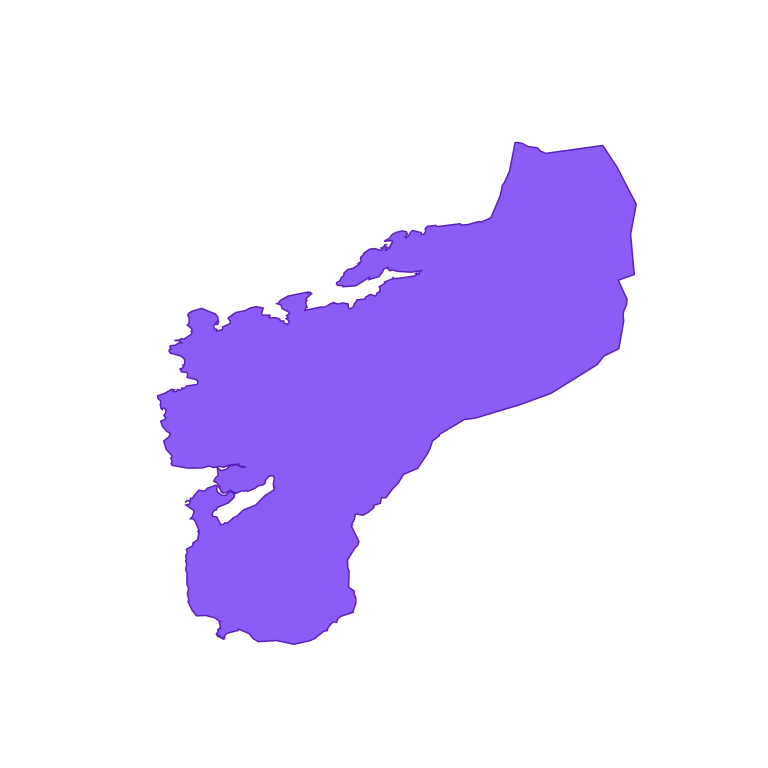 Rissa nor, Sør-Trøndelag, Norway (orthographic projection), rotated 16°
{"feature_id": "86288312B80275455305326", "entity_name": "Rissa nor", "entity_type": "district", "adm_level": 2, "iso_a3": "NOR", "parent_name": "Norway", "parent_adm1": "Sør-Trøndelag", "projection": "orthographic", "projection_center": [10.01, 63.676], "detail": "fine", "context": "isolated", "style": "filled", "palette": "violet", "viewbox_px": 768, "rotation_deg": 16, "n_neighbors": 0, "source": "geoboundaries", "source_scale": "gbopen_adm2", "svg_char_len": 6169}
<svg xmlns="http://www.w3.org/2000/svg" viewBox="0 0 768 768"><g transform="rotate(16 384 384)"><path d="M600.0,285.4L597.1,257.5L594.7,251.5L594.4,247.7L595.2,241.4L594.4,235.9L580.6,219.6L594.4,209.8L579.8,172.2L576.9,141.7L547.9,111.0L528.5,94.4L476.0,117.7L470.2,117.0L466.3,114.7L456.5,116.1L451.3,114.7L445.1,115.1L443.5,115.9L446.0,144.8L444.1,157.7L443.0,160.5L443.9,170.2L440.9,194.9L433.0,201.3L430.5,201.6L420.8,207.6L415.5,209.6L412.7,209.1L391.9,218.0L389.9,217.3L382.2,220.5L380.9,223.5L382.0,225.8L381.1,229.1L378.7,230.0L377.9,228.2L369.3,228.6L368.3,229.4L366.9,234.7L364.8,237.6L363.6,237.1L365.2,233.6L363.5,231.5L359.2,231.9L354.0,234.8L350.4,238.5L349.3,242.1L344.7,246.7L352.2,244.0L353.0,245.1L351.9,248.6L352.2,250.5L351.8,250.7L352.3,250.9L351.8,251.8L350.2,252.0L349.7,254.7L348.6,255.0L348.1,252.8L348.7,251.6L346.7,251.4L346.4,250.5L347.6,249.5L347.1,249.5L346.1,250.3L346.6,251.4L345.4,252.4L345.3,253.6L342.9,254.2L345.3,254.1L345.4,255.2L344.3,256.4L337.6,256.4L333.0,258.4L328.3,264.1L328.8,265.4L326.8,268.1L326.8,269.5L328.4,272.7L326.3,274.7L327.4,274.5L327.2,275.6L322.7,281.1L317.5,284.1L315.0,288.2L315.4,291.3L313.7,293.5L313.1,297.0L310.6,299.5L310.6,300.7L312.1,302.0L317.5,300.8L317.7,301.8L329.6,297.5L340.5,285.7L340.8,287.8L349.5,282.2L351.8,276.6L351.9,273.9L355.7,270.6L356.2,272.3L358.4,273.6L361.1,271.9L365.6,272.1L379.5,269.0L388.4,264.8L387.0,267.2L387.5,268.6L384.5,268.4L384.0,269.2L385.5,269.2L384.4,271.3L369.6,278.1L364.3,280.0L363.0,278.5L363.8,280.0L356.3,285.9L357.2,286.8L352.6,291.9L353.6,292.7L354.1,294.1L353.8,295.0L354.8,296.1L352.3,298.3L351.9,301.7L345.9,301.8L342.5,305.5L342.3,307.5L334.6,310.7L334.5,313.0L333.5,314.6L333.2,318.4L330.6,321.2L328.7,320.2L327.4,316.9L322.0,317.5L317.8,319.8L313.0,319.7L313.5,320.3L310.7,321.3L306.0,326.4L302.0,327.4L287.6,335.0L288.1,331.7L288.8,331.5L286.3,327.9L286.6,326.2L286.1,325.2L286.7,324.8L285.9,324.6L285.9,322.6L289.6,317.1L287.7,316.1L285.9,317.8L285.7,316.5L267.4,326.0L261.1,332.5L260.3,335.3L259.0,336.3L263.1,336.4L265.4,339.6L273.3,341.3L273.6,342.3L271.4,345.2L273.7,346.4L271.9,348.2L275.5,349.4L275.6,351.4L274.8,353.2L270.6,352.9L270.2,351.0L267.2,352.1L266.0,350.4L261.7,350.0L255.7,352.2L254.9,351.8L255.8,349.7L255.2,349.3L248.0,351.4L246.7,349.8L247.0,344.3L239.9,344.9L234.4,347.8L230.6,351.6L221.8,356.1L215.9,363.7L218.8,365.9L219.5,368.3L213.1,373.6L213.9,375.6L213.5,376.5L208.4,379.2L208.2,377.5L205.9,377.8L204.5,376.0L204.4,373.6L207.2,372.4L206.8,373.5L207.9,371.5L205.5,371.3L207.2,369.1L208.5,370.2L207.0,368.7L205.9,365.6L202.8,363.2L187.8,361.6L179.6,366.8L177.0,369.5L176.4,371.9L178.4,374.1L179.9,379.5L178.6,381.6L183.7,383.7L184.8,385.8L184.3,386.5L184.9,386.5L184.9,389.5L179.4,396.0L176.6,396.3L175.7,397.9L170.4,399.9L175.1,399.0L178.2,400.1L175.3,401.2L172.5,404.4L168.1,406.0L168.0,407.4L169.7,409.0L168.4,410.1L168.3,411.6L170.0,413.2L181.3,413.1L185.5,415.3L186.3,417.0L186.8,420.7L185.4,421.3L186.3,422.0L185.8,424.4L183.8,425.6L185.9,428.2L191.0,427.3L192.4,428.1L193.0,432.0L202.0,431.5L204.2,432.7L204.7,435.8L194.9,440.3L193.4,443.2L190.5,443.7L191.0,444.9L190.4,446.0L187.1,446.1L186.4,448.1L184.9,449.2L183.0,449.2L184.1,447.3L181.3,447.6L176.0,453.3L169.6,457.8L170.7,460.2L174.0,461.9L174.8,464.7L174.5,465.6L176.6,469.0L177.8,469.8L178.7,469.8L177.0,469.0L179.2,467.6L181.4,469.0L182.1,472.1L181.1,474.9L183.2,476.4L183.4,478.4L179.6,481.2L182.6,485.8L188.3,489.4L191.9,490.3L191.9,493.9L187.9,499.6L192.7,506.9L200.1,511.5L200.4,512.2L199.4,513.8L201.6,516.7L201.3,519.3L202.9,520.6L218.2,519.0L232.2,514.9L238.6,510.9L242.9,511.4L249.6,508.3L252.8,508.3L257.5,504.5L267.1,500.7L265.2,501.6L268.4,502.7L274.1,501.8L270.6,503.2L264.1,502.3L256.7,506.4L257.7,506.4L255.6,509.7L251.3,512.2L246.7,510.3L249.9,517.7L247.7,521.1L247.2,524.5L250.5,524.9L252.6,527.3L254.4,527.5L254.0,528.1L255.6,530.2L253.1,528.3L257.4,531.9L257.3,533.4L257.7,532.5L259.9,533.4L259.5,533.0L262.0,532.2L265.6,528.2L271.7,529.9L277.5,525.4L279.4,525.6L280.7,524.2L282.4,524.9L288.9,519.7L290.9,516.8L296.0,513.9L297.2,511.5L296.5,509.5L299.0,504.2L302.6,502.7L304.7,505.0L305.1,510.4L306.2,513.0L307.3,513.3L306.4,514.6L307.8,513.8L307.0,514.4L307.4,516.2L300.4,524.1L294.1,535.6L283.6,543.9L279.0,551.6L276.1,554.1L271.9,560.7L269.1,561.5L268.3,563.2L265.7,564.2L260.0,558.0L255.5,558.4L254.6,555.6L255.8,552.3L257.5,551.3L258.0,548.4L267.2,541.2L271.1,534.5L270.9,531.0L267.1,529.7L265.2,530.5L262.6,534.6L258.9,535.6L254.1,534.0L252.3,531.7L251.6,528.2L250.1,527.7L243.1,532.7L241.3,536.3L235.2,537.2L231.9,544.4L231.6,546.8L229.6,547.2L229.6,549.8L226.7,550.3L225.3,552.9L226.8,550.4L230.0,550.2L230.3,553.0L226.9,555.0L236.1,558.0L236.8,560.8L236.3,561.8L236.7,563.4L235.1,567.0L237.6,566.3L240.2,567.8L246.6,575.7L246.7,576.3L245.7,576.7L245.7,577.1L247.1,577.7L246.3,578.1L247.1,578.0L247.8,585.1L244.1,589.5L244.7,591.7L244.2,592.8L239.5,597.5L241.4,599.9L240.8,602.6L241.1,604.9L242.4,606.9L242.1,608.8L244.0,611.6L244.5,617.1L246.8,620.2L249.7,630.8L252.5,634.4L252.8,639.7L256.1,645.7L255.5,647.0L261.4,653.9L267.6,658.5L276.7,655.6L285.9,655.4L291.7,657.7L293.2,657.1L291.2,658.1L293.7,662.6L293.2,664.1L294.1,664.3L291.9,665.9L293.1,667.6L292.3,668.5L291.9,670.9L293.9,672.5L294.6,672.5L293.0,671.6L295.1,670.8L296.0,671.5L295.5,672.3L299.6,673.6L301.5,672.5L299.6,673.4L298.9,672.4L300.3,671.3L301.0,672.1L300.3,670.9L300.5,669.3L301.9,666.9L311.6,661.1L311.6,659.7L323.1,661.1L328.6,664.9L334.4,666.3L351.4,660.2L369.2,659.0L383.2,651.4L387.3,648.0L394.4,638.1L397.4,636.8L397.5,633.4L399.8,627.9L401.4,626.4L404.3,626.1L404.3,622.6L406.5,619.3L416.6,612.4L416.0,612.4L416.8,611.9L417.4,602.8L416.0,597.6L413.1,594.0L412.2,591.1L406.1,589.3L402.0,573.5L400.0,570.8L397.4,563.2L401.1,550.0L403.2,546.1L403.3,542.4L391.8,529.5L392.5,528.5L391.7,527.5L392.6,523.1L392.4,516.7L400.1,515.9L404.7,511.1L408.3,505.5L407.6,503.5L413.4,499.7L412.8,494.0L417.3,492.8L420.7,483.5L424.9,475.6L427.7,465.4L439.6,455.8L445.1,438.4L446.0,433.1L446.3,425.5L451.5,418.4L451.0,417.3L471.1,395.9L480.9,391.8L519.8,366.8L547.0,347.1L583.7,306.4L587.6,296.6L600.0,285.4Z" fill="#8b5cf6" stroke="#5b21b6" stroke-width="1.5"/></g></svg>